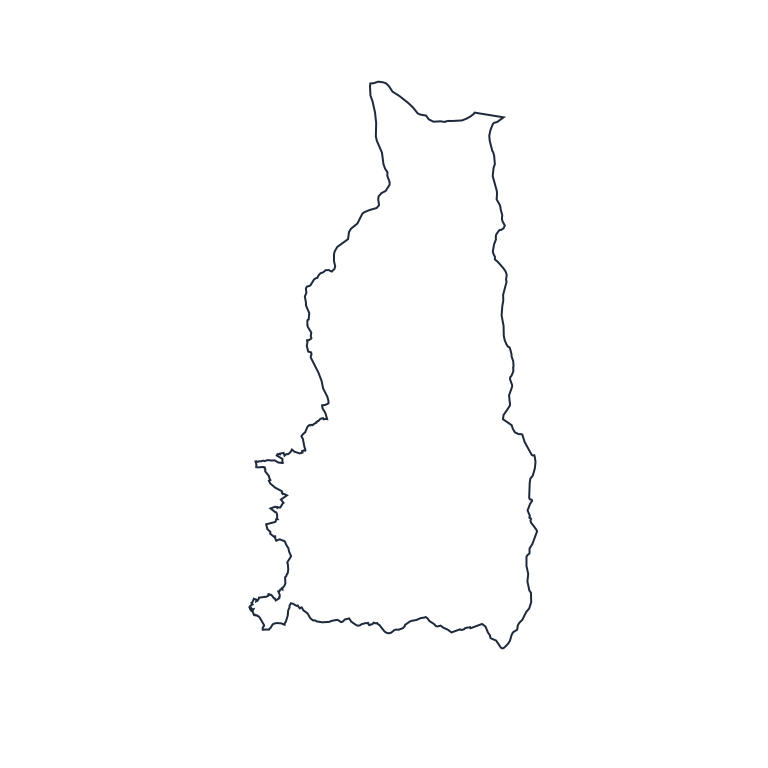 Sacel, Maramures, Romania, rotated 251°
{"feature_id": "2599482B54515927208841", "entity_name": "Sacel", "entity_type": "district", "adm_level": 2, "iso_a3": "ROU", "parent_name": "Romania", "parent_adm1": "Maramures", "projection": "equal_earth", "projection_center": [24.452, 47.623], "detail": "fine", "context": "isolated", "style": "outline", "palette": "slate", "viewbox_px": 768, "rotation_deg": 251, "n_neighbors": 0, "source": "geoboundaries", "source_scale": "gbopen_adm2", "svg_char_len": 6161}
<svg xmlns="http://www.w3.org/2000/svg" viewBox="0 0 768 768"><g transform="rotate(251 384 384)"><path d="M597.2,583.9L611.1,558.0L610.1,556.7L608.8,552.7L608.0,548.1L607.8,543.6L610.8,533.0L611.4,531.9L612.2,528.3L611.9,527.0L614.0,522.9L615.9,516.2L619.6,512.5L624.1,511.2L627.0,505.9L629.0,503.9L635.9,501.5L642.0,498.3L651.3,492.3L657.7,487.2L664.4,485.5L667.9,483.5L669.5,481.4L671.7,477.1L671.8,472.1L672.6,468.9L669.8,467.6L661.1,465.1L655.1,465.2L643.6,463.9L633.1,461.5L620.8,456.9L616.2,456.4L603.4,457.4L592.3,455.1L587.4,455.1L583.1,456.2L579.7,454.9L573.3,455.1L570.5,454.1L566.0,448.4L565.3,443.7L563.2,440.0L560.4,438.6L554.7,437.6L552.8,434.3L553.2,427.2L552.9,421.6L552.1,419.0L544.4,411.1L541.6,403.4L539.1,400.4L532.7,397.2L528.8,384.4L525.4,380.5L523.0,379.0L516.5,376.7L511.3,376.2L509.0,374.7L507.3,371.2L509.6,369.0L510.6,366.0L509.4,362.7L509.4,360.0L508.1,357.6L506.1,355.5L506.2,353.9L505.6,351.9L501.2,346.5L501.0,345.7L501.2,342.9L499.9,341.3L495.5,340.3L492.6,337.7L486.0,336.6L483.7,335.8L475.4,336.4L469.5,333.8L469.4,332.6L468.9,332.2L464.3,330.6L462.4,330.6L456.4,332.0L453.3,330.4L451.0,330.3L450.5,329.6L449.9,327.3L450.5,325.7L449.8,325.2L448.8,325.4L445.2,323.4L439.3,322.9L437.6,325.4L435.4,325.0L434.2,323.8L432.7,323.4L416.1,325.7L407.4,326.0L399.7,325.0L390.1,326.3L385.7,325.9L383.8,325.2L383.3,321.8L384.0,318.5L381.0,318.0L375.4,319.1L369.3,318.8L370.0,317.4L370.3,315.3L371.5,315.3L371.8,314.0L371.6,312.1L370.4,310.0L370.5,309.1L369.6,307.8L369.8,307.5L369.4,307.3L369.0,304.5L368.3,303.2L369.2,301.7L368.9,300.6L369.3,300.4L369.3,299.3L368.5,297.8L363.9,293.6L363.1,291.2L361.5,288.9L358.5,289.4L350.7,288.3L346.6,288.2L346.2,288.6L347.4,286.4L347.1,286.1L347.2,284.6L345.7,284.6L345.8,281.7L349.2,277.2L352.0,275.6L350.3,273.8L349.2,271.6L348.9,270.3L349.5,268.7L348.6,266.6L351.5,266.6L352.1,262.9L351.4,262.7L352.4,260.5L351.3,259.3L346.2,263.6L343.4,262.5L342.4,262.8L342.3,262.4L344.2,258.4L347.4,255.8L348.3,252.5L349.9,249.4L350.0,246.0L350.9,244.7L350.9,242.7L351.6,240.5L351.5,239.3L352.4,238.4L352.6,237.3L349.3,237.1L347.0,236.1L346.1,237.9L345.0,242.4L344.0,244.1L342.9,243.6L342.1,244.1L340.1,243.2L334.5,245.2L332.0,244.9L330.2,245.3L329.9,243.6L326.9,244.1L321.5,247.3L316.0,252.4L314.8,252.6L314.3,252.0L312.8,252.5L312.6,253.7L310.3,256.0L308.3,248.9L304.3,250.3L303.8,249.1L301.0,245.7L301.6,244.0L302.2,243.4L301.7,242.7L302.6,242.4L303.4,241.2L303.3,236.2L298.3,239.4L297.8,240.3L295.5,240.5L291.4,239.1L290.8,239.3L291.2,238.0L289.2,236.7L289.0,236.0L289.7,226.9L284.8,226.5L281.1,228.4L279.6,227.6L275.1,230.4L275.6,231.4L275.4,231.5L273.1,230.9L270.9,231.1L271.1,234.8L267.5,239.0L263.9,239.2L259.8,240.1L256.2,239.7L251.4,240.1L246.9,234.5L244.4,234.3L239.6,233.0L236.4,231.3L236.1,230.5L234.1,229.0L233.5,227.6L227.3,225.7L225.2,223.6L224.1,221.5L223.0,221.1L223.9,220.6L223.3,220.1L223.4,219.0L222.2,217.8L222.3,216.5L219.1,216.8L217.3,216.4L216.6,215.5L215.6,215.4L214.6,211.2L216.8,210.9L217.2,210.2L221.3,208.8L221.7,207.7L222.8,206.9L222.9,206.2L221.5,205.8L221.2,203.5L222.7,196.2L222.0,196.0L220.3,193.8L220.1,192.4L221.3,193.1L222.3,192.7L222.8,191.1L223.2,190.9L220.0,188.1L220.0,187.5L218.3,188.0L218.0,185.6L217.1,185.0L216.8,184.1L214.3,184.4L214.0,185.3L214.7,185.8L213.7,186.1L213.6,187.3L213.1,186.8L213.9,184.4L212.5,184.8L212.5,185.2L211.6,185.8L208.1,185.8L207.8,186.9L207.2,186.8L206.7,188.6L205.8,188.8L205.0,189.9L203.3,190.5L194.9,192.1L194.0,191.5L193.4,190.2L191.2,189.3L190.9,189.8L190.7,191.3L189.2,195.3L190.1,196.4L190.3,197.3L192.8,200.3L193.2,201.4L193.0,204.5L191.1,209.0L188.7,211.6L190.1,212.3L191.3,213.9L196.6,217.7L201.0,219.6L203.6,222.0L205.2,222.5L207.0,224.6L205.8,226.5L202.7,229.0L202.7,230.3L199.3,231.3L199.7,233.2L199.5,233.5L196.2,234.1L192.1,237.0L186.4,238.1L183.5,240.0L183.1,241.6L181.3,243.3L178.7,248.2L176.9,254.8L177.1,257.3L176.3,262.5L175.6,263.9L172.8,265.9L172.8,267.9L174.1,270.2L173.7,274.7L169.9,275.7L165.0,279.3L164.0,280.6L163.6,282.6L164.2,284.6L163.9,289.0L163.2,290.3L163.3,291.1L161.1,291.3L160.6,291.9L161.0,292.7L160.7,294.1L160.9,295.3L161.7,296.5L160.3,298.4L160.2,299.7L159.5,299.7L157.6,301.2L150.1,303.8L148.3,305.0L146.8,307.1L146.5,309.7L147.9,313.5L147.9,315.5L146.9,317.7L147.0,322.5L148.1,324.6L149.4,325.5L151.0,331.0L151.1,333.0L150.3,337.7L150.7,342.6L150.0,346.2L150.1,347.5L148.3,348.8L145.0,349.8L141.0,353.0L138.2,354.3L137.4,355.5L137.1,358.9L134.2,360.8L131.1,364.2L127.1,367.0L127.3,375.4L127.2,376.1L126.2,377.0L126.0,379.8L126.7,381.1L126.7,382.4L126.0,386.2L125.0,386.2L124.9,386.6L125.2,398.6L121.6,401.0L115.1,401.4L112.1,402.3L109.0,402.0L104.9,406.5L96.6,408.7L95.4,409.9L95.4,411.1L96.3,413.4L98.0,416.7L100.1,419.4L105.1,422.9L107.2,425.1L108.3,429.9L112.3,432.0L114.0,434.0L116.1,438.1L122.2,444.3L124.4,448.1L129.7,452.1L138.8,455.0L141.4,454.2L150.6,455.3L157.4,458.5L165.7,459.5L174.3,462.5L175.5,463.9L176.4,466.4L181.1,468.1L184.4,472.2L194.9,480.8L196.8,480.6L205.1,477.9L207.0,478.0L208.5,479.1L209.4,478.9L209.9,478.1L210.8,478.1L211.9,479.0L217.7,478.6L223.1,483.1L225.2,485.9L226.4,486.0L227.4,484.4L229.1,484.2L243.1,489.6L246.8,491.5L248.9,494.8L255.0,499.1L261.0,501.9L266.5,502.9L267.7,502.9L267.8,501.7L268.8,500.6L283.4,498.1L291.1,498.3L291.8,497.7L292.9,494.8L295.8,492.0L300.0,491.2L303.5,491.3L312.0,485.0L315.7,486.9L322.2,495.6L323.5,496.5L332.5,498.5L339.4,504.0L341.0,504.8L347.3,504.7L349.3,505.5L350.2,507.1L353.1,509.8L354.6,510.7L357.7,511.5L358.4,512.2L363.4,513.6L368.3,513.6L371.0,514.3L376.1,514.7L377.9,514.5L379.0,513.4L381.3,512.7L386.2,512.4L390.4,512.9L400.1,516.0L410.5,517.5L418.9,521.1L423.9,523.9L429.6,525.7L440.8,533.2L443.0,533.4L447.3,535.6L451.0,535.6L454.8,534.5L462.8,531.2L465.6,529.4L468.2,530.3L471.5,529.8L474.0,530.1L480.3,533.6L484.2,536.9L486.8,537.6L488.9,538.8L491.8,542.9L492.0,543.6L491.5,545.0L492.3,547.7L494.4,549.8L499.8,549.0L501.8,549.3L505.2,550.8L510.4,551.1L515.0,551.9L521.9,550.6L527.0,552.8L529.8,553.5L545.3,554.5L552.9,558.1L555.8,560.4L563.7,562.4L567.5,562.7L569.2,562.3L579.3,563.1L584.4,564.3L589.4,567.3L594.6,571.8L595.1,573.3L594.9,576.4L597.2,583.9Z" fill="none" stroke="#1e293b" stroke-width="2"/></g></svg>